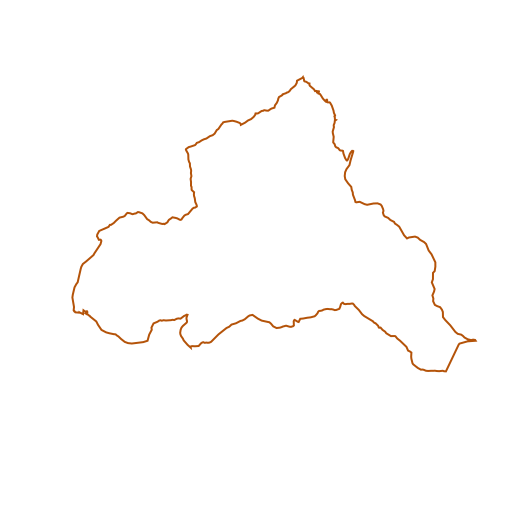 Crucea, Suceava, Romania (Albers equal-area conic projection), rotated 255°
{"feature_id": "2599482B26310091603045", "entity_name": "Crucea", "entity_type": "district", "adm_level": 2, "iso_a3": "ROU", "parent_name": "Romania", "parent_adm1": "Suceava", "projection": "albers", "projection_center": [25.599, 47.366], "detail": "fine", "context": "isolated", "style": "outline", "palette": "amber", "viewbox_px": 512, "rotation_deg": 255, "n_neighbors": 0, "source": "geoboundaries", "source_scale": "gbopen_adm2", "svg_char_len": 6109}
<svg xmlns="http://www.w3.org/2000/svg" viewBox="0 0 512 512"><g transform="rotate(255 256 256)"><path d="M416.6,347.6L416.0,346.8L414.7,341.0L412.7,340.2L410.5,338.1L408.1,332.8L406.9,331.5L406.1,330.0L405.8,328.8L405.9,328.0L405.5,327.1L405.3,323.7L405.1,323.3L404.6,323.1L404.4,322.5L403.6,319.4L402.3,318.3L400.7,317.5L398.6,315.8L396.6,313.3L394.5,312.2L394.4,309.1L394.1,308.0L393.2,305.5L393.7,303.8L394.6,302.0L394.7,301.5L394.4,300.3L394.6,299.6L394.6,298.9L393.3,295.1L393.3,294.2L393.8,292.8L393.8,292.4L392.8,292.0L392.1,291.2L391.0,289.8L389.5,286.7L389.0,283.4L387.6,279.9L386.6,275.3L387.6,275.4L388.7,274.7L390.7,272.0L392.1,269.6L392.8,268.1L393.6,260.5L393.6,258.9L392.5,257.7L392.1,256.8L388.4,252.5L387.8,250.7L384.9,247.7L383.9,245.4L383.7,242.5L382.3,238.5L382.2,235.9L381.7,233.3L380.7,230.4L380.6,228.1L379.4,226.7L378.9,225.8L378.6,221.2L378.6,219.2L377.4,216.1L376.9,215.8L376.1,215.9L372.6,216.8L371.4,216.8L366.8,215.7L364.4,215.7L362.6,216.1L359.5,215.4L356.7,215.6L355.7,215.5L355.0,215.4L353.0,214.6L349.9,214.3L347.4,212.8L344.3,212.4L340.7,211.4L339.3,211.6L336.9,211.0L336.3,211.0L333.6,212.7L331.8,212.0L330.1,211.7L327.7,211.8L323.8,211.3L321.0,211.8L319.4,211.8L319.1,211.6L318.5,209.6L318.7,208.5L318.2,207.0L314.1,201.2L314.0,198.7L313.6,197.3L311.7,194.7L310.6,193.5L310.4,192.6L310.8,191.7L312.7,189.7L313.6,188.2L315.0,185.3L314.3,183.7L313.5,181.3L312.4,180.0L311.5,179.2L310.6,176.5L310.5,175.8L311.0,175.4L311.0,174.4L311.5,173.2L313.4,170.0L314.1,169.4L314.9,164.8L316.2,163.2L318.1,162.0L319.8,160.4L324.5,158.6L326.6,157.3L328.6,154.3L329.0,153.3L328.2,150.9L328.4,149.7L328.3,148.3L328.4,147.4L329.9,145.4L330.9,143.0L330.6,142.2L328.6,139.5L328.3,137.9L328.4,134.1L326.3,129.9L324.7,127.2L323.6,124.0L323.9,122.9L322.3,121.1L320.8,111.1L317.8,108.2L316.1,107.5L315.0,107.9L312.3,108.4L312.0,110.1L311.2,110.5L310.5,110.5L307.7,108.9L300.3,100.5L299.0,99.3L294.7,90.5L293.1,86.7L290.8,84.5L289.0,83.4L276.7,76.9L275.4,75.2L272.7,72.6L266.0,69.0L263.4,67.9L253.8,67.0L250.7,65.8L249.6,66.1L249.3,66.3L249.5,66.5L248.3,67.0L246.8,71.2L247.0,71.2L244.6,73.9L248.2,75.3L246.5,76.6L246.4,78.4L245.7,78.6L245.0,78.4L244.8,77.1L244.6,76.6L243.3,77.8L242.8,78.6L241.7,79.3L241.2,79.9L240.5,80.1L234.1,84.8L230.4,85.6L224.6,87.6L221.0,91.5L219.3,94.4L217.3,98.4L216.8,99.8L216.3,100.4L215.4,100.9L213.9,102.3L210.9,104.1L207.0,107.0L205.0,109.8L203.6,113.4L202.0,124.8L202.2,129.3L207.7,132.5L211.7,136.2L213.9,136.5L217.4,139.6L218.0,143.9L218.7,145.9L218.6,147.2L217.9,148.2L217.9,150.1L217.0,152.3L216.0,157.4L216.0,158.8L215.3,160.5L215.9,163.2L215.8,164.9L215.0,166.9L216.7,171.0L216.9,172.6L217.3,173.8L216.9,174.6L214.4,172.9L213.4,172.6L210.8,172.5L210.1,172.2L209.7,171.9L209.2,171.0L207.4,167.3L206.1,165.5L204.2,164.1L201.5,162.9L200.1,162.7L198.1,162.9L195.1,164.0L193.2,164.3L187.9,166.9L184.4,169.2L185.5,169.3L185.5,170.9L184.6,173.7L183.9,177.3L185.9,180.3L186.3,181.5L186.4,182.7L185.4,184.0L185.2,185.7L184.6,187.1L184.4,188.7L184.7,190.4L190.0,199.5L194.1,208.9L194.6,211.8L196.1,214.6L196.2,219.3L197.3,224.2L197.2,226.1L197.8,228.8L199.8,233.0L200.2,234.5L200.0,237.4L195.0,241.6L192.1,244.8L188.5,251.8L186.7,253.0L183.6,254.4L181.1,257.2L180.6,260.6L180.7,262.7L180.9,263.3L180.9,267.0L179.0,270.1L178.5,271.5L178.6,273.7L179.1,274.6L183.1,275.5L184.0,276.1L184.3,276.8L181.6,279.4L181.2,280.1L183.9,282.5L183.4,285.3L183.1,289.5L182.6,292.9L182.6,297.0L183.2,298.3L184.7,300.5L186.1,301.7L186.6,302.8L186.3,304.4L186.3,306.0L186.7,307.4L186.6,310.0L186.3,311.6L185.4,313.8L185.1,315.2L184.2,316.9L183.4,317.9L183.1,319.4L183.4,322.8L185.0,324.1L187.5,325.6L188.4,327.1L188.5,327.8L186.9,328.7L186.3,330.1L186.1,331.9L185.5,334.1L185.3,336.3L185.0,337.2L183.5,338.1L182.1,338.5L177.2,341.4L172.3,343.4L170.0,345.0L162.6,352.1L161.5,352.5L160.5,353.4L160.2,354.0L157.0,355.9L155.2,356.1L154.8,356.4L154.8,357.4L154.6,357.8L151.9,359.1L149.4,361.2L147.7,361.8L143.7,365.6L142.7,369.5L142.2,370.0L139.7,371.1L136.9,373.2L129.3,377.8L125.3,378.4L123.9,380.0L122.5,381.1L118.5,379.8L116.6,379.5L111.9,379.4L110.7,379.8L106.1,383.2L103.5,385.9L103.3,387.2L102.7,388.5L101.2,390.4L100.4,392.5L99.8,395.4L98.8,399.3L98.0,401.1L97.3,403.3L96.8,406.7L96.0,407.8L95.4,409.6L118.0,428.9L118.7,429.9L118.8,438.3L117.3,446.2L118.2,445.9L119.0,444.1L119.1,442.0L120.8,438.9L123.3,436.3L125.1,435.3L126.9,433.9L128.6,430.7L131.1,428.9L138.8,425.7L145.2,422.2L148.6,420.8L153.6,422.0L156.0,421.7L158.9,420.6L160.8,417.9L162.5,416.1L166.5,415.4L169.0,416.3L172.3,416.2L175.6,418.8L177.9,420.0L185.0,419.0L187.8,420.9L193.9,422.6L195.2,424.7L199.3,426.5L203.5,427.6L212.2,426.0L216.6,424.2L223.6,423.4L225.9,422.0L229.1,418.7L231.9,417.0L233.6,414.6L234.3,408.5L233.9,406.4L237.7,404.4L247.3,401.9L249.6,400.2L251.4,398.6L253.2,398.2L256.0,395.1L258.6,393.5L261.0,390.5L262.5,389.9L265.0,389.8L266.6,390.8L268.4,390.9L271.9,390.4L273.5,389.7L275.4,387.0L276.3,383.1L276.7,376.6L278.0,374.3L281.5,370.2L281.9,366.7L282.5,366.0L284.2,366.1L290.1,365.5L292.4,365.9L295.1,365.6L298.1,365.9L302.3,363.8L307.0,362.1L310.3,362.4L313.9,363.8L316.5,365.9L319.6,369.8L323.9,372.1L331.5,376.8L332.2,377.1L332.5,376.8L332.7,376.0L331.6,374.4L330.2,373.0L326.0,370.2L324.7,368.9L324.7,368.5L325.5,368.0L327.7,367.4L332.3,367.0L335.0,367.2L335.5,366.5L335.8,365.4L336.5,364.3L338.7,363.4L339.3,362.9L340.1,361.7L341.3,361.0L343.7,360.9L345.4,360.1L345.9,360.0L351.0,361.9L354.8,362.0L356.4,362.3L360.4,364.7L361.4,364.7L362.4,365.0L364.3,366.4L366.2,367.1L366.7,368.4L367.2,367.7L367.7,367.6L369.3,368.0L370.5,367.9L371.0,368.7L371.4,368.8L371.8,368.5L372.3,368.6L374.1,368.3L376.4,368.5L381.7,368.1L385.0,367.2L385.4,366.8L385.8,365.1L386.4,364.3L388.1,365.1L388.6,365.0L388.7,364.5L387.5,363.1L388.5,362.5L390.9,361.3L394.6,360.2L395.9,359.7L396.7,358.4L397.2,358.5L398.6,359.4L398.9,359.3L398.8,358.7L398.0,357.4L398.2,357.2L399.7,357.4L399.9,356.8L400.0,355.7L401.9,355.2L406.4,352.1L407.3,351.9L408.8,352.3L409.3,351.2L410.2,350.6L411.5,349.3L412.1,348.1L412.8,347.8L413.9,348.0L415.9,348.0L416.2,347.6L416.6,347.6Z" fill="none" stroke="#b45309" stroke-width="2"/></g></svg>